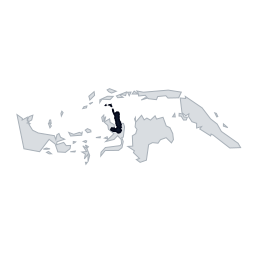 Indonesia, with Sulawesi Selatan highlighted, rotated 168°
{"feature_id": "IDN-1236", "entity_name": "Sulawesi Selatan", "entity_type": "Province", "adm_level": 1, "iso_a3": "IDN", "parent_name": "Indonesia", "parent_adm1": "", "projection": "natural_earth1", "projection_center": [120.285, -4.627], "detail": "fine", "context": "in_parent", "style": "filled", "palette": "ink", "viewbox_px": 256, "rotation_deg": 168, "n_neighbors": 0, "source": "natural_earth", "source_scale": "10m", "svg_char_len": 7341}
<svg xmlns="http://www.w3.org/2000/svg" viewBox="0 0 256 256"><g transform="rotate(168 128 128)"><path d="M88.6,104.4L92.7,110.6L98.7,109.8L101.8,106.9L107.1,108.6L111.3,107.4L116.7,92.7L123.3,91.9L126.4,95.4L123.1,95.8L127.8,102.8L126.5,104.4L132.0,110.0L127.1,109.3L125.4,119.4L121.6,120.9L119.5,124.8L120.8,127.6L119.4,132.0L112.1,137.6L110.5,132.6L107.5,133.8L104.4,131.0L99.0,134.3L98.2,130.8L91.5,131.2L90.2,122.1L86.9,119.6L85.4,113.3L86.0,107.2L88.6,104.4ZM21.9,85.4L32.6,87.3L46.3,103.5L48.0,104.8L48.8,103.1L58.0,112.1L55.7,114.1L60.9,113.7L59.9,118.3L64.1,120.8L66.4,126.5L65.5,129.2L69.0,128.0L72.0,131.9L70.7,146.5L65.5,144.9L65.4,147.0L51.3,132.3L45.3,119.7L40.0,113.4L37.4,105.2L23.5,90.2L21.9,85.4ZM234.1,129.3L233.8,164.2L229.3,159.3L229.9,157.8L224.2,159.5L225.1,156.0L223.6,154.2L224.1,153.9L225.0,154.1L225.6,153.9L222.9,152.5L224.1,152.1L221.8,145.7L216.9,141.8L201.6,135.8L201.0,131.7L198.9,136.2L196.7,137.0L195.9,132.9L192.3,130.2L200.3,129.3L201.4,126.5L193.9,127.3L192.1,123.6L187.8,122.9L189.0,119.8L194.3,117.2L201.6,119.2L202.6,127.6L207.5,133.3L219.4,123.2L234.1,129.3ZM159.4,109.9L154.2,113.6L139.4,112.4L137.6,113.8L137.0,118.2L139.8,122.6L144.1,119.7L152.7,119.4L143.0,125.3L147.4,130.9L147.2,134.7L150.1,138.8L144.1,140.8L144.3,137.2L140.9,134.2L141.6,130.0L139.8,129.6L138.0,131.1L138.7,145.3L134.7,145.4L135.0,136.9L134.3,134.1L131.5,133.5L131.1,129.9L134.5,120.1L136.0,119.9L135.5,115.7L138.0,110.0L141.8,108.1L155.0,110.7L160.5,106.2L159.4,109.9ZM72.2,147.0L82.7,149.0L84.3,151.7L92.4,152.6L94.3,149.8L102.2,152.5L104.4,156.4L110.9,157.1L110.8,160.4L111.7,162.4L105.5,159.8L80.8,156.7L68.4,152.0L72.2,147.0ZM172.6,110.7L177.1,106.8L175.1,111.3L178.1,114.1L173.4,113.6L175.9,120.0L172.5,116.5L171.2,109.1L174.1,103.4L172.6,110.7ZM174.8,130.6L185.8,132.1L186.9,136.0L182.4,133.1L176.3,133.8L174.5,132.2L173.4,134.0L174.8,130.6ZM149.6,161.5L141.5,163.3L135.9,162.0L139.6,159.5L147.5,161.6L150.3,158.8L149.6,161.5ZM126.4,159.0L131.8,159.8L132.7,161.8L121.9,163.6L123.6,160.2L127.4,162.1L128.6,161.4L126.4,159.0ZM159.5,163.3L159.7,167.2L153.6,170.6L153.9,166.9L159.5,163.3ZM72.0,124.2L73.5,128.5L75.6,129.1L74.9,131.7L71.8,130.4L70.8,127.0L67.7,126.2L69.3,123.7L72.0,124.2ZM222.5,159.7L218.4,160.3L220.5,155.9L223.7,154.9L224.7,156.6L222.5,159.7ZM136.8,165.6L139.3,167.5L140.5,169.6L137.9,170.3L131.9,166.4L136.8,165.6ZM168.6,131.8L170.3,134.8L167.8,135.8L164.9,133.6L165.0,131.9L168.6,131.8ZM111.1,159.1L116.9,160.4L114.3,162.8L111.1,159.1ZM120.1,159.3L121.0,163.0L117.6,162.5L120.1,159.3ZM82.1,129.7L79.3,132.5L79.5,129.0L82.1,129.7ZM204.3,144.4L204.9,149.1L203.7,149.3L202.6,145.9L204.3,144.4ZM109.3,152.6L104.9,154.1L103.1,153.2L109.3,152.6ZM151.5,139.7L151.5,143.9L149.0,145.7L150.0,140.0L151.5,139.7ZM30.3,107.6L34.3,110.0L33.8,112.2L30.3,107.6ZM40.0,124.8L38.5,123.9L37.8,120.5L38.9,120.4L40.0,124.8ZM189.2,158.2L188.3,156.5L190.7,153.5L190.6,156.2L189.2,158.2ZM184.9,115.6L189.4,116.8L184.3,116.4L184.9,115.6ZM157.3,124.2L161.4,125.3L156.8,125.2L157.3,124.2ZM149.6,141.7L147.3,143.8L149.3,140.1L149.6,141.7ZM208.2,118.7L210.5,119.1L212.8,121.1L210.6,121.6L208.2,118.7ZM168.2,156.4L166.7,158.0L163.6,158.1L164.4,156.4L168.2,156.4ZM204.1,149.8L203.1,152.0L202.0,152.0L202.2,148.5L204.1,149.8ZM174.6,124.2L171.9,124.5L171.1,123.8L172.2,122.4L174.6,124.2ZM208.6,123.8L212.0,124.1L215.2,124.9L212.1,125.4L208.6,123.8ZM150.2,121.6L153.1,123.0L150.2,123.8L150.2,121.6ZM176.8,103.3L174.9,102.9L176.7,101.3L176.8,103.3ZM157.0,160.5L160.1,159.2L160.5,160.0L157.0,160.5ZM184.8,124.3L184.3,126.2L182.0,125.3L183.1,124.7L184.8,124.3ZM119.7,135.5L118.5,136.8L119.4,132.7L119.7,135.5ZM171.9,117.0L173.3,119.6L172.8,120.0L170.6,117.9L171.9,117.0Z" fill="#d9dde1" stroke="#a8b0b8" stroke-width="1"/><path d="M141.8,130.9L141.8,130.7L141.7,130.6L141.6,130.4L141.5,130.5L141.4,130.5L141.3,130.4L141.5,130.3L141.5,130.2L141.8,130.1L141.6,129.7L141.4,129.5L140.9,129.4L140.8,129.5L140.7,129.5L140.6,129.3L140.4,129.3L140.2,129.4L139.7,129.6L139.4,129.7L139.4,129.8L139.3,130.0L138.1,130.8L137.9,131.0L137.7,131.1L137.8,131.3L137.8,131.5L138.0,131.6L138.0,131.9L138.1,132.0L138.2,132.3L138.4,132.4L138.5,132.5L138.7,132.8L138.6,133.0L138.6,133.4L138.6,133.6L138.6,133.8L138.6,134.0L138.7,134.4L138.7,134.5L138.7,134.9L138.7,135.0L138.8,135.1L138.8,135.3L138.7,135.5L138.6,135.8L138.5,136.0L138.4,136.2L138.4,136.4L138.4,137.3L138.5,137.5L138.5,137.8L138.5,138.1L138.6,138.3L138.5,138.5L138.4,138.8L138.5,139.0L138.6,139.3L138.6,139.6L138.6,139.8L138.8,140.1L138.8,140.3L138.7,140.4L138.6,141.0L138.3,141.2L138.3,141.3L138.2,141.4L138.2,142.1L138.1,142.7L138.0,142.8L138.2,143.2L138.2,143.3L138.3,143.5L138.5,143.9L138.6,144.0L138.8,144.9L138.8,145.1L138.9,145.3L138.9,145.5L138.7,145.4L138.5,145.2L138.4,144.9L138.1,144.9L138.0,145.0L137.9,145.0L137.7,145.0L137.3,145.3L137.2,145.3L136.8,145.2L136.7,145.1L136.4,145.1L136.1,145.4L136.1,145.5L135.9,145.8L135.7,145.9L135.3,145.8L135.1,145.7L135.1,145.4L134.9,145.4L134.8,145.6L134.7,145.6L134.7,145.4L134.6,145.2L134.4,145.1L134.2,145.2L134.3,145.3L134.2,145.3L134.1,145.2L134.1,144.9L134.0,144.7L133.9,144.4L133.8,144.2L133.8,143.8L133.8,143.6L133.9,143.2L133.9,142.9L134.0,142.8L134.0,142.7L134.3,142.4L134.3,142.2L134.5,141.7L134.4,140.8L134.4,140.6L134.5,140.5L134.6,140.3L134.6,140.2L134.8,139.8L134.9,139.0L135.0,138.6L135.0,138.4L135.0,138.2L134.9,138.1L134.9,137.9L135.0,137.7L135.0,137.4L134.9,137.3L134.9,137.2L135.0,137.1L135.0,136.9L135.1,136.7L134.9,136.6L134.9,136.8L134.8,136.6L134.7,136.4L134.5,135.8L134.4,135.6L134.4,135.4L134.2,135.2L134.3,135.0L134.4,134.7L134.5,134.5L134.5,134.4L134.4,134.0L134.4,133.7L134.3,133.3L134.2,133.3L134.2,132.9L134.0,132.6L134.1,132.4L134.3,132.4L134.5,132.3L134.6,132.2L134.8,132.1L135.0,132.0L135.1,131.9L134.9,131.7L134.6,130.9L134.6,130.7L134.6,130.4L134.5,130.1L134.8,130.0L135.1,130.0L135.5,129.9L135.8,129.7L135.7,129.6L135.7,129.3L135.5,129.0L135.5,128.8L135.5,128.7L135.4,128.5L135.4,128.4L135.5,128.2L135.4,127.9L135.2,127.7L135.0,127.1L135.1,126.9L135.6,126.4L135.8,126.4L135.9,126.2L136.2,125.7L136.3,125.7L136.6,125.5L137.0,125.2L137.5,125.2L138.1,125.4L138.3,125.5L138.3,125.4L138.5,125.2L138.8,125.3L139.3,126.1L139.5,126.3L139.7,126.5L140.3,127.2L140.5,127.3L143.0,127.9L143.5,128.1L143.9,128.6L144.2,128.9L144.4,129.0L144.8,129.3L145.0,129.5L145.1,129.8L145.1,130.1L145.0,130.3L144.3,131.1L143.9,131.4L143.8,131.5L143.7,131.5L143.4,131.3L143.0,131.0L142.7,130.7L142.4,130.6L142.2,130.7L141.8,130.9ZM139.3,147.1L139.3,147.4L139.3,147.6L139.3,147.8L139.3,148.1L139.2,148.4L139.2,148.5L139.2,148.8L139.2,149.0L139.2,149.3L139.1,149.5L139.1,149.8L139.0,150.0L139.0,149.8L138.9,149.6L138.9,149.0L138.9,148.9L138.8,148.7L138.7,148.5L138.8,148.4L138.8,148.2L138.8,147.9L138.8,147.4L138.8,146.6L138.9,146.4L138.9,146.2L139.0,146.2L139.0,146.3L139.1,146.5L139.2,146.8L139.3,147.1ZM140.3,153.3L140.3,153.2L140.4,153.3L140.3,153.5L140.2,153.6L139.9,153.5L139.7,153.6L139.6,153.4L139.4,153.3L139.3,153.2L139.5,153.3L139.6,153.2L139.6,152.8L139.8,152.9L139.9,153.1L140.2,153.2L140.3,153.3ZM141.2,154.4L141.5,154.4L141.7,154.5L141.4,154.6L141.2,154.5L140.9,154.5L140.8,154.4L140.8,154.5L140.6,154.5L140.5,154.4L140.4,154.4L140.5,154.3L140.5,154.2L140.8,154.3L141.2,154.4ZM145.0,154.7L145.3,154.8L145.1,155.0L144.9,155.1L144.9,154.9L144.9,154.7L145.0,154.7Z" fill="#0f172a" stroke="#020617" stroke-width="1.5"/></g></svg>